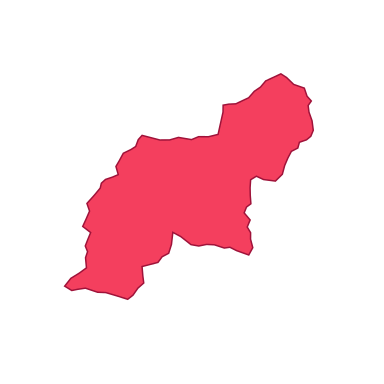 Nova Luzitânia, São Paulo, Brazil, rotated 303°
{"feature_id": "56859067B29244160161724", "entity_name": "Nova Luzitânia", "entity_type": "district", "adm_level": 2, "iso_a3": "BRA", "parent_name": "Brazil", "parent_adm1": "São Paulo", "projection": "equal_earth", "projection_center": [-50.251, -20.87], "detail": "fine", "context": "isolated", "style": "filled", "palette": "rose", "viewbox_px": 384, "rotation_deg": 303, "n_neighbors": 0, "source": "geoboundaries", "source_scale": "gbopen_adm2", "svg_char_len": 1364}
<svg xmlns="http://www.w3.org/2000/svg" viewBox="0 0 384 384"><g transform="rotate(303 192 192)"><path d="M125.2,110.1L120.2,116.5L111.8,117.9L103.6,119.1L102.8,129.1L95.3,130.5L88.6,131.9L85.1,136.9L78.9,138.5L70.9,144.8L62.7,141.7L53.6,137.4L43.7,136.5L43.9,144.8L48.2,149.2L53.3,155.0L56.5,167.4L60.7,174.5L63.9,185.3L67.0,196.5L73.3,198.7L81.9,199.0L89.4,201.1L94.8,196.5L102.3,190.7L114.4,201.8L121.4,202.2L127.9,205.8L136.9,203.3L147.7,197.9L148.5,206.8L147.3,219.8L150.4,227.1L156.0,232.8L159.9,239.5L162.6,249.6L166.3,253.9L167.1,261.3L170.1,273.9L178.4,273.3L184.3,266.8L189.8,263.3L192.7,257.4L200.2,256.0L202.9,247.1L209.1,245.9L214.2,247.8L220.9,242.7L227.2,238.4L234.2,234.5L240.3,237.4L241.4,245.2L246.6,256.0L256.1,258.1L264.7,255.3L272.7,253.9L280.2,253.2L286.5,256.8L292.2,255.0L298.1,259.6L303.4,261.3L309.8,260.1L317.1,253.9L322.7,246.6L327.8,242.3L333.3,242.5L335.0,236.3L340.3,229.6L337.6,218.7L339.5,209.1L339.5,202.2L325.3,193.3L317.3,192.3L310.4,189.4L301.9,188.2L289.8,180.7L285.7,175.0L281.8,170.8L275.9,174.5L262.0,179.7L254.5,182.5L247.3,175.7L242.0,167.4L235.7,163.1L230.4,150.9L223.5,144.9L218.1,136.7L212.3,119.3L206.7,118.4L199.5,120.0L194.4,117.7L187.1,113.3L178.4,114.0L172.0,114.3L166.4,120.7L161.2,117.2L155.4,112.6L150.0,111.2L145.3,112.9L135.9,111.8L125.2,110.1Z" fill="#f43f5e" stroke="#9f1239" stroke-width="1.5"/></g></svg>